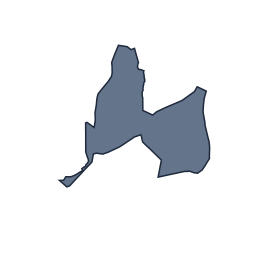 the district of Santiago Matatlán, Oaxaca, Mexico, rotated 58°
{"feature_id": "50627088B54513181179027", "entity_name": "Santiago Matatlán", "entity_type": "district", "adm_level": 2, "iso_a3": "MEX", "parent_name": "Mexico", "parent_adm1": "Oaxaca", "projection": "mercator", "projection_center": [-96.433, 16.804], "detail": "fine", "context": "isolated", "style": "filled", "palette": "slate", "viewbox_px": 256, "rotation_deg": 58, "n_neighbors": 0, "source": "geoboundaries", "source_scale": "gbopen_adm2", "svg_char_len": 2147}
<svg xmlns="http://www.w3.org/2000/svg" viewBox="0 0 256 256"><g transform="rotate(58 128 128)"><path d="M146.2,208.3L144.1,200.6L142.5,194.6L141.4,190.5L140.6,187.7L139.8,184.5L138.2,178.3L137.8,176.7L131.7,171.1L132.4,168.7L132.5,168.2L133.4,167.2L134.8,165.5L136.8,163.2L138.1,157.2L138.5,153.7L138.9,150.5L139.5,145.6L139.5,143.3L139.4,138.9L139.2,133.3L139.2,131.7L139.1,129.5L139.0,127.3L140.5,121.0L140.7,120.6L147.7,123.0L155.3,121.1L155.6,120.9L156.0,120.8L156.6,120.6L156.9,120.6L172.9,116.7L175.7,119.3L178.6,122.0L180.8,124.0L182.3,125.4L185.6,128.5L190.2,115.7L195.0,102.5L196.1,101.2L196.9,99.2L197.1,98.8L199.7,96.7L200.7,96.0L203.2,93.0L202.9,87.4L201.2,83.5L199.6,80.3L197.0,75.0L195.4,74.2L188.4,69.5L185.9,68.1L182.3,66.4L178.4,65.2L166.8,61.3L163.3,59.5L155.7,56.5L153.5,55.4L149.1,52.3L143.4,47.8L140.2,44.3L138.5,42.4L138.1,42.1L129.7,47.5L132.3,52.2L133.3,67.5L130.5,85.6L129.4,95.1L129.9,98.7L130.1,100.2L121.0,106.1L110.0,99.4L108.9,99.2L106.5,97.9L105.3,97.1L104.9,96.6L104.4,95.9L104.0,95.5L103.8,95.1L102.6,94.5L101.8,94.0L101.3,93.4L100.4,92.7L99.6,91.8L97.7,90.3L97.6,89.8L97.4,89.0L96.9,88.8L96.2,88.5L95.6,88.0L95.2,87.8L94.7,87.8L93.9,87.7L93.0,86.9L92.4,86.8L91.5,86.4L91.0,86.0L89.7,85.7L88.8,85.1L87.8,84.2L87.4,84.7L87.0,84.9L86.6,85.2L85.7,85.9L84.8,86.6L84.1,87.8L83.4,88.0L83.0,87.8L82.6,87.7L81.7,87.8L80.4,87.0L80.0,86.5L79.6,86.3L78.8,85.6L78.5,85.3L78.2,84.5L72.0,82.7L63.9,80.3L63.2,83.9L58.6,85.6L52.8,92.3L59.5,101.7L63.8,107.1L67.7,109.1L73.0,112.3L75.8,115.0L76.5,116.9L77.9,119.8L81.4,130.2L82.2,132.5L82.7,133.9L83.1,135.1L84.6,136.8L85.8,138.0L88.0,139.9L91.2,142.3L91.4,142.5L91.5,142.5L97.7,148.0L102.4,150.6L103.8,151.5L105.6,152.9L109.6,156.5L101.6,159.7L101.2,161.2L105.2,163.7L108.3,165.6L111.3,167.4L113.3,168.7L123.3,174.9L125.6,176.4L127.7,177.0L129.0,177.3L131.3,177.9L133.5,178.3L135.4,179.1L136.5,181.7L136.9,183.2L137.9,184.2L137.8,186.6L138.0,188.7L140.3,189.3L139.9,191.4L140.0,195.8L139.8,198.6L139.1,202.3L137.9,204.2L136.4,206.6L137.1,208.2L137.5,208.7L138.1,210.4L137.5,211.5L136.1,213.9L145.5,211.1L146.2,208.3Z" fill="#64748b" stroke="#1e293b" stroke-width="1.5"/></g></svg>